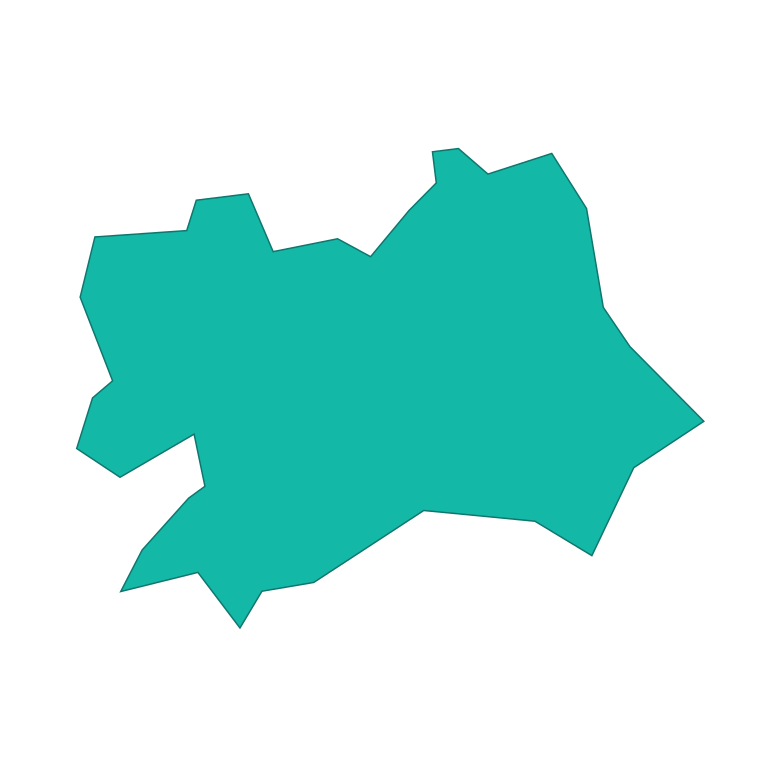 outline of Priekules, rotated 263°
{"feature_id": "LVA-5715", "entity_name": "Priekules", "entity_type": "Municipality", "adm_level": 1, "iso_a3": "LVA", "parent_name": "Latvia", "parent_adm1": "", "projection": "mercator", "projection_center": [21.576, 56.419], "detail": "fine", "context": "isolated", "style": "filled", "palette": "teal", "viewbox_px": 768, "rotation_deg": 263, "n_neighbors": 0, "source": "natural_earth", "source_scale": "10m", "svg_char_len": 599}
<svg xmlns="http://www.w3.org/2000/svg" viewBox="0 0 768 768"><g transform="rotate(263 384 384)"><path d="M592.4,578.6L533.5,606.4L433.3,611.0L391.2,632.6L308.0,696.9L270.5,621.7L188.3,569.4L229.4,517.1L253.6,408.0L195.6,290.1L193.2,237.6L159.4,211.3L219.7,176.3L210.1,97.4L248.7,123.7L294.6,176.3L304.3,193.8L357.4,189.4L323.6,110.6L357.4,71.1L405.7,93.0L420.2,115.0L507.2,93.0L565.2,115.0L560.3,206.9L589.3,220.1L589.3,272.6L528.9,290.1L533.8,355.6L512.0,386.2L553.1,429.9L577.2,460.4L608.6,460.4L608.6,486.6L579.7,512.7L592.4,578.6Z" fill="#14b8a6" stroke="#0f766e" stroke-width="1.5"/></g></svg>